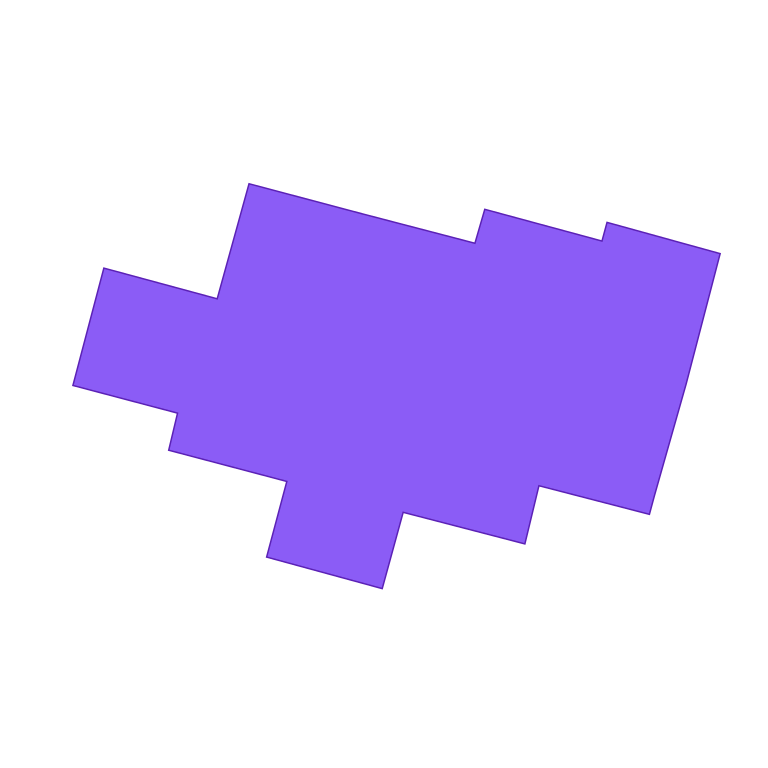 Hocking, Ohio, United States of America (Albers equal-area conic projection), rotated 191°
{"feature_id": "52423323B99959311448402", "entity_name": "Hocking", "entity_type": "district", "adm_level": 2, "iso_a3": "USA", "parent_name": "United States of America", "parent_adm1": "Ohio", "projection": "albers", "projection_center": [-82.49, 39.512], "detail": "fine", "context": "isolated", "style": "filled", "palette": "violet", "viewbox_px": 768, "rotation_deg": 191, "n_neighbors": 0, "source": "geoboundaries", "source_scale": "gbopen_adm2", "svg_char_len": 430}
<svg xmlns="http://www.w3.org/2000/svg" viewBox="0 0 768 768"><g transform="rotate(191 384 384)"><path d="M97.2,326.3L87.4,441.8L78.9,576.1L195.9,585.2L197.3,565.9L318.4,574.7L321.6,539.5L438.0,546.9L554.7,554.8L564.0,435.8L681.1,444.3L689.1,323.2L581.1,316.0L582.7,277.9L460.8,269.8L466.2,191.7L346.7,182.8L340.7,261.7L215.2,253.9L212.5,313.7L98.6,306.7L97.2,326.3Z" fill="#8b5cf6" stroke="#5b21b6" stroke-width="1.5"/></g></svg>